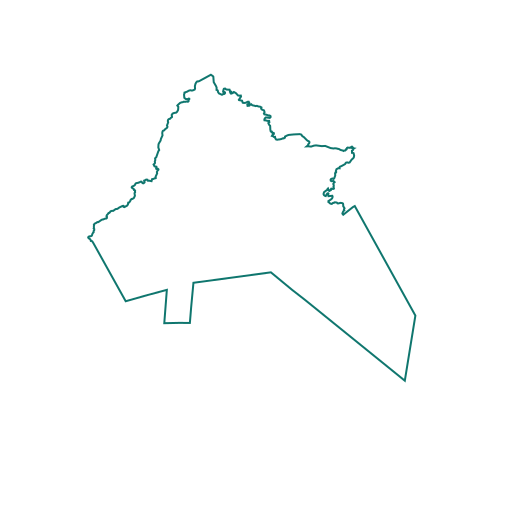 the district of Kinango, Coast, Kenya, rotated 241°
{"feature_id": "3690345B23512246754033", "entity_name": "Kinango", "entity_type": "district", "adm_level": 2, "iso_a3": "KEN", "parent_name": "Kenya", "parent_adm1": "Coast", "projection": "robinson", "projection_center": [39.255, -3.945], "detail": "fine", "context": "isolated", "style": "outline", "palette": "teal", "viewbox_px": 512, "rotation_deg": 241, "n_neighbors": 0, "source": "geoboundaries", "source_scale": "gbopen_adm2", "svg_char_len": 6165}
<svg xmlns="http://www.w3.org/2000/svg" viewBox="0 0 512 512"><g transform="rotate(241 256 256)"><path d="M433.6,272.7L433.0,272.5L432.5,271.7L432.0,271.3L429.1,270.0L427.3,270.7L426.6,271.9L425.9,272.6L426.3,273.1L426.3,273.5L425.9,273.9L425.5,273.7L425.4,273.3L425.7,272.6L424.2,272.2L423.9,271.5L424.0,271.1L424.7,270.3L425.2,268.7L426.0,267.6L426.0,266.5L426.4,265.7L426.7,263.9L426.0,260.8L425.7,260.1L424.2,260.4L422.1,259.1L421.4,258.5L420.4,256.9L420.1,255.7L420.8,253.7L421.0,252.1L420.2,250.6L418.6,250.1L418.2,249.8L418.1,248.3L417.7,247.5L418.0,245.9L417.6,245.0L416.8,244.3L415.5,244.0L413.3,241.4L411.9,241.2L411.3,240.4L410.9,237.7L410.4,236.7L410.6,235.3L410.3,234.7L409.0,233.6L406.8,232.7L404.5,229.6L403.2,228.5L401.5,225.5L400.7,224.7L398.3,223.2L395.6,222.7L395.0,221.4L390.7,216.6L390.5,215.4L390.2,215.0L388.8,214.5L387.7,213.3L386.4,212.8L386.0,212.2L385.7,210.8L383.6,210.7L382.4,212.2L381.8,212.1L381.2,211.2L380.6,211.0L380.1,211.4L379.8,212.5L379.1,212.7L378.7,212.4L378.3,211.1L377.5,210.0L376.2,209.6L374.1,206.7L372.7,206.1L372.7,205.8L373.1,205.1L373.1,203.7L373.6,202.4L372.1,200.9L373.8,198.9L374.1,198.1L374.4,197.8L375.4,198.0L376.1,197.0L376.0,195.5L376.2,194.8L376.0,194.5L375.3,194.6L374.4,194.2L374.1,192.9L374.7,192.1L376.5,191.9L376.7,191.7L376.9,191.3L376.9,190.0L377.1,189.4L377.0,188.9L377.8,186.5L377.7,185.7L376.9,184.7L376.6,183.4L376.8,181.3L376.4,180.6L376.0,180.5L373.6,181.6L372.9,181.3L372.3,181.9L371.6,181.9L370.9,181.3L370.3,181.1L370.1,180.5L369.6,180.1L367.4,179.3L366.0,177.4L365.8,175.6L366.2,174.9L365.9,173.6L365.4,173.2L364.6,171.7L364.3,170.9L364.6,170.1L363.1,168.9L362.5,167.4L362.5,166.6L362.7,165.8L362.5,165.0L362.6,164.5L363.1,164.1L363.6,164.5L364.0,164.4L364.3,164.2L364.5,163.3L364.7,159.9L364.4,157.7L365.1,155.9L364.7,153.0L365.3,152.0L365.6,150.5L364.8,148.7L365.1,148.1L365.0,147.6L364.4,146.6L364.2,145.7L363.9,145.1L363.2,144.5L362.7,144.7L362.1,144.4L361.4,143.8L361.4,143.0L361.8,142.5L362.1,139.8L362.3,139.6L362.5,138.6L362.1,134.5L362.6,133.7L362.4,132.6L362.5,130.5L362.0,129.4L361.4,129.3L360.8,128.7L359.2,127.9L358.8,127.4L358.0,127.6L357.0,127.0L356.5,126.0L355.5,125.5L355.3,124.7L354.5,123.4L353.7,122.7L353.3,122.0L353.5,120.7L354.0,119.7L354.0,118.9L353.7,118.3L352.7,118.2L351.3,119.0L349.8,119.1L349.3,118.9L349.1,119.4L348.1,119.9L346.0,120.0L279.6,120.1L274.4,142.4L269.6,161.6L241.7,143.2L234.7,156.5L229.5,165.7L243.0,174.7L262.9,188.3L234.5,261.1L208.8,271.2L193.8,277.6L74.8,325.7L126.6,366.5L251.8,366.6L251.8,364.5L249.8,352.3L250.5,352.1L251.4,352.2L252.7,353.9L253.2,355.4L253.8,355.3L254.7,356.1L254.8,356.5L255.4,356.6L257.2,356.4L258.5,357.1L259.7,357.5L260.5,357.0L261.5,355.7L262.1,353.4L262.5,352.8L263.3,352.7L263.8,352.3L264.8,350.9L264.7,349.8L265.0,349.5L265.1,348.7L264.8,347.5L265.5,346.7L266.4,346.1L267.5,345.9L268.0,345.5L268.6,345.8L268.9,345.9L269.0,346.9L269.1,348.8L269.5,350.5L270.4,351.5L271.1,351.9L271.7,351.9L273.2,348.4L274.8,348.8L275.1,349.0L275.3,349.5L276.0,349.4L276.1,348.8L275.8,348.0L274.7,346.2L274.9,346.1L274.9,345.7L275.2,345.5L276.2,345.0L277.1,345.0L277.7,345.3L278.8,346.4L279.2,348.7L279.2,350.0L279.9,351.0L280.1,351.7L278.3,351.4L277.8,351.4L277.3,351.8L277.4,352.1L277.3,353.4L277.5,353.6L277.9,353.4L278.4,354.5L277.3,355.8L277.1,356.6L277.4,357.0L278.9,357.2L279.5,358.0L281.4,358.7L281.6,358.6L282.6,360.1L282.5,360.5L282.9,360.6L284.1,360.0L284.7,358.5L285.2,358.1L285.6,357.9L286.5,358.2L286.9,358.8L286.8,360.3L286.3,361.0L285.9,361.0L285.8,361.3L286.2,362.3L288.1,364.4L290.1,365.3L290.4,366.0L290.2,366.3L290.4,366.7L290.6,366.9L291.5,366.9L292.9,368.5L292.9,370.4L292.2,371.6L293.0,371.9L293.4,372.6L293.2,374.4L293.2,378.1L293.3,378.7L293.8,379.4L294.0,380.2L293.4,381.5L292.8,381.9L292.4,383.2L293.9,386.3L294.4,388.5L294.8,389.3L296.2,390.5L298.6,391.2L299.2,390.8L299.7,390.0L301.3,390.8L301.6,391.0L301.7,392.2L302.1,392.8L302.7,393.1L302.7,393.8L303.8,392.5L304.0,393.3L305.1,393.0L305.2,392.7L304.7,392.1L305.3,391.2L305.2,390.5L305.4,390.0L306.4,388.8L306.4,388.0L305.6,387.3L305.4,386.9L305.7,386.5L305.2,385.9L305.0,385.1L305.5,384.3L305.4,383.5L306.2,383.0L307.7,381.4L309.5,380.3L310.4,379.1L310.8,378.9L312.0,377.2L312.4,376.0L314.2,373.6L318.7,369.9L320.2,366.8L323.6,362.2L324.4,360.3L325.0,357.2L326.5,355.1L327.3,353.5L327.6,355.0L328.5,356.0L328.7,357.0L329.6,357.9L329.9,358.0L330.8,357.8L331.6,357.1L332.5,356.7L336.8,355.5L338.4,354.6L340.2,354.5L341.4,353.3L344.0,348.0L346.0,343.4L346.3,341.9L346.4,339.3L345.5,338.7L345.4,338.3L345.6,337.7L345.4,337.2L345.9,336.5L346.0,334.9L346.7,332.7L347.0,332.2L347.3,331.1L348.1,330.1L349.5,329.9L351.0,330.4L351.4,329.4L352.8,328.8L353.3,328.2L354.1,329.5L353.9,330.2L354.0,330.7L354.7,331.2L355.2,331.0L355.4,330.2L355.7,330.0L356.4,329.9L357.1,330.2L357.3,330.0L357.3,329.5L357.9,329.3L359.6,329.8L362.8,331.4L363.2,331.5L364.2,331.1L366.2,331.2L366.5,331.5L366.5,332.5L367.8,333.0L368.7,331.4L369.6,330.6L370.6,329.2L371.5,329.6L372.2,330.7L372.4,331.9L370.1,335.0L370.5,336.2L371.4,336.5L372.3,336.0L372.9,335.0L374.8,333.3L375.8,332.0L376.8,332.0L377.6,333.2L379.4,333.6L381.3,332.1L382.4,331.9L383.3,332.8L384.6,332.0L385.6,330.6L386.9,329.6L387.3,328.3L388.4,327.3L389.1,326.4L389.9,325.7L391.1,325.4L391.3,324.7L390.7,323.1L391.4,321.4L392.6,321.8L392.9,323.4L393.3,324.4L394.5,324.4L395.0,323.3L394.9,321.9L395.3,320.5L395.8,319.5L396.5,318.7L398.6,319.1L400.6,316.7L400.9,316.7L402.7,320.2L403.7,320.5L404.3,319.2L405.1,318.1L408.1,317.4L410.0,316.3L410.2,316.1L409.8,314.8L410.0,313.2L410.2,312.8L411.0,312.7L411.3,313.6L411.7,314.0L412.2,313.7L412.6,313.0L413.1,313.3L414.3,313.5L415.7,311.1L416.6,310.4L417.4,310.2L417.8,309.3L417.8,308.9L417.4,308.4L415.7,306.9L415.0,306.9L414.8,307.8L414.1,308.2L413.5,307.9L413.1,307.0L413.6,305.2L413.5,304.4L416.2,302.4L418.1,302.3L418.8,302.7L419.7,302.7L420.4,302.0L422.4,303.2L424.1,303.4L428.5,303.3L433.5,305.6L434.2,305.5L436.4,304.4L436.5,291.2L436.6,290.4L437.2,289.3L437.1,288.7L436.7,287.7L435.9,286.5L434.2,284.9L431.9,283.8L431.3,283.0L431.5,280.9L431.9,279.9L432.7,279.1L433.0,278.2L433.2,277.0L433.1,275.7L433.6,272.7Z" fill="none" stroke="#0f766e" stroke-width="2"/></g></svg>